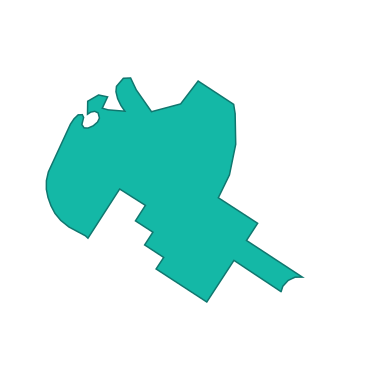 the border of Al Khawr, rotated 213°
{"feature_id": "QAT-1105", "entity_name": "Al Khawr", "entity_type": "Municipality", "adm_level": 1, "iso_a3": "QAT", "parent_name": "Qatar", "parent_adm1": "", "projection": "orthographic", "projection_center": [51.407, 25.752], "detail": "fine", "context": "isolated", "style": "filled", "palette": "teal", "viewbox_px": 384, "rotation_deg": 213, "n_neighbors": 0, "source": "natural_earth", "source_scale": "10m", "svg_char_len": 938}
<svg xmlns="http://www.w3.org/2000/svg" viewBox="0 0 384 384"><g transform="rotate(213 192 192)"><path d="M254.1,96.6L257.5,97.2L276.1,95.6L286.6,96.7L295.2,99.4L302.7,103.6L309.8,109.0L315.6,114.9L320.3,122.2L323.4,130.6L330.9,182.7L330.8,189.2L329.5,194.7L326.1,197.1L323.5,195.5L321.1,188.6L317.4,187.0L314.0,189.0L310.9,193.7L309.3,199.2L309.9,203.6L313.8,207.2L317.5,206.7L320.4,203.9L322.0,200.3L328.9,211.3L323.2,222.5L314.6,225.8L312.9,213.4L307.1,215.2L292.3,223.2L298.6,225.8L305.2,229.8L310.4,234.7L312.9,239.5L311.5,250.0L305.6,254.2L294.4,247.3L269.7,237.3L249.5,259.7L247.3,288.4L204.8,288.2L198.5,281.2L181.3,255.8L169.9,226.7L166.8,201.5L119.9,201.5L119.9,181.0L53.1,180.7L59.2,176.7L63.2,170.2L64.5,162.4L63.0,157.0L63.1,156.9L119.6,157.5L119.7,107.8L180.2,107.9L180.1,121.7L202.9,121.8L202.9,137.0L223.7,137.0L223.8,155.4L254.3,155.1L254.1,98.5L254.1,96.6Z" fill="#14b8a6" stroke="#0f766e" stroke-width="1.5"/></g></svg>